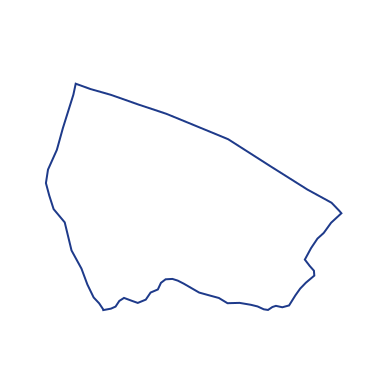 Älvsbyn, Norrbotten, Sweden, rotated 345°
{"feature_id": "70781695B9243274568958", "entity_name": "Älvsbyn", "entity_type": "district", "adm_level": 2, "iso_a3": "SWE", "parent_name": "Sweden", "parent_adm1": "Norrbotten", "projection": "mercator", "projection_center": [20.635, 65.777], "detail": "fine", "context": "isolated", "style": "outline", "palette": "blue", "viewbox_px": 384, "rotation_deg": 345, "n_neighbors": 0, "source": "geoboundaries", "source_scale": "gbopen_adm2", "svg_char_len": 979}
<svg xmlns="http://www.w3.org/2000/svg" viewBox="0 0 384 384"><g transform="rotate(345 192 192)"><path d="M330.8,251.2L329.4,248.3L324.0,238.5L304.1,219.5L274.3,187.3L240.6,150.4L213.8,129.9L187.4,109.8L163.1,93.8L138.7,77.1L120.6,66.3L107.7,57.3L107.4,57.9L102.6,67.3L83.8,96.9L74.1,113.4L72.3,116.4L58.7,133.1L53.2,145.6L53.2,158.4L53.9,172.7L58.4,182.4L61.2,188.4L60.5,217.3L65.4,237.4L67.0,254.3L69.7,268.4L73.5,275.5L75.7,282.0L75.7,283.1L83.5,283.7L88.5,282.9L93.6,278.4L98.9,276.7L106.1,281.8L110.9,285.1L119.5,284.0L126.0,278.4L133.8,277.3L138.5,271.7L143.9,269.5L150.6,270.9L155.3,273.9L160.3,278.4L168.4,286.5L172.9,291.0L182.4,296.6L190.5,301.3L197.5,308.6L209.2,311.4L219.5,316.1L225.7,319.5L231.0,323.9L234.9,325.6L239.9,323.9L243.6,323.7L249.4,326.7L256.4,326.7L265.1,318.6L271.5,313.3L278.5,309.1L288.5,304.4L289.4,299.6L286.6,294.0L283.5,286.5L292.5,277.0L301.1,269.5L308.7,265.6L318.4,257.7L330.8,251.2Z" fill="none" stroke="#1e3a8a" stroke-width="2"/></g></svg>